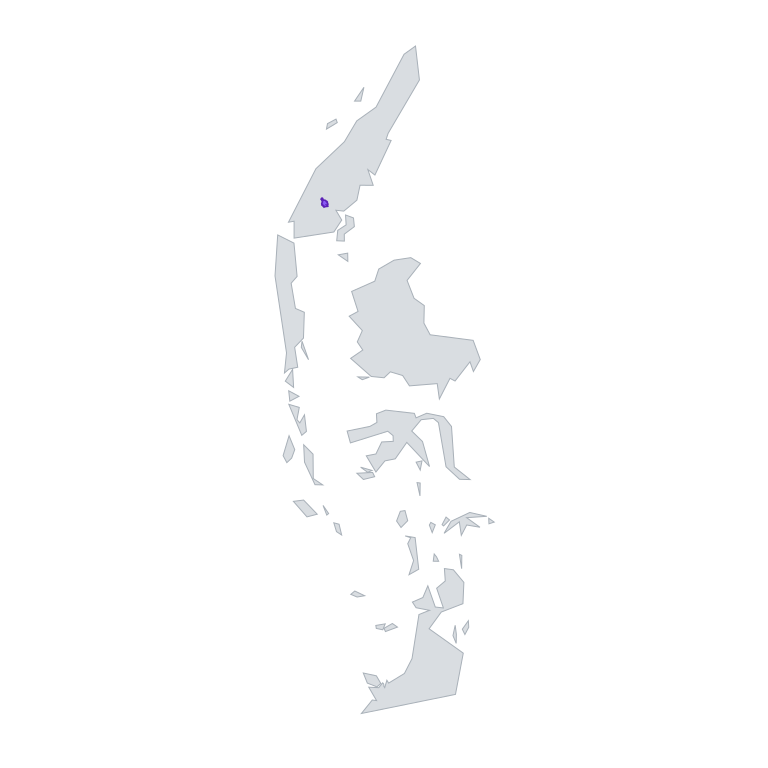 Penukal Abab Lematang Ilir, Sumatera Selatan, Indonesia shown in context, rotated 75°
{"feature_id": "22746128B2393542990028", "entity_name": "Penukal Abab Lematang Ilir", "entity_type": "district", "adm_level": 2, "iso_a3": "IDN", "parent_name": "Indonesia", "parent_adm1": "Sumatera Selatan", "projection": "orthographic", "projection_center": [103.991, -3.208], "detail": "fine", "context": "in_parent", "style": "filled", "palette": "violet", "viewbox_px": 768, "rotation_deg": 75, "n_neighbors": 0, "source": "geoboundaries", "source_scale": "gbopen_adm2", "svg_char_len": 5638}
<svg xmlns="http://www.w3.org/2000/svg" viewBox="0 0 768 768"><g transform="rotate(75 384 384)"><path d="M277.0,317.6L289.9,334.9L309.0,332.8L318.7,324.8L335.5,329.7L348.4,326.7L364.9,286.6L385.3,284.7L395.1,294.4L384.8,295.2L399.5,314.6L395.6,318.8L412.8,334.4L397.4,332.5L392.4,359.9L380.6,363.8L373.9,374.7L378.0,382.3L373.4,394.4L350.6,409.6L345.7,395.7L336.4,398.9L326.8,391.1L309.5,400.1L307.2,390.3L286.2,391.3L282.3,366.3L271.6,359.3L267.0,342.2L268.9,325.4L277.0,317.6ZM65.7,266.1L99.5,271.1L142.9,315.1L148.2,318.6L150.6,314.1L179.8,338.7L172.7,344.1L189.3,343.0L185.8,355.7L199.4,362.6L206.6,378.1L203.7,385.5L214.7,382.4L224.2,393.1L219.8,433.1L203.5,428.7L203.0,434.4L158.4,394.0L139.7,359.5L122.8,342.2L114.5,320.0L70.7,279.3L65.7,266.1ZM702.3,395.3L696.4,491.1L686.2,477.1L687.9,473.1L672.9,477.2L676.0,467.7L672.3,462.6L673.8,461.9L676.1,462.4L677.5,461.9L670.9,457.9L674.1,456.9L668.9,439.2L656.5,428.0L615.7,409.9L614.4,398.6L608.4,410.9L602.0,413.0L600.3,401.7L590.3,393.9L612.7,392.2L615.7,384.6L594.9,386.0L590.1,375.8L577.9,373.4L581.4,365.1L596.3,358.2L616.6,364.6L619.1,387.7L632.1,403.8L664.5,377.1L702.3,395.3ZM495.6,335.7L480.0,345.5L435.4,341.4L430.0,345.2L428.1,357.3L436.6,369.4L449.5,361.7L475.5,361.4L446.3,377.1L459.2,392.5L458.5,403.0L466.9,414.6L448.8,419.7L449.5,409.9L439.4,401.2L441.8,389.9L436.2,388.6L430.6,392.6L432.2,431.7L419.9,431.8L421.3,408.5L419.3,400.8L410.8,399.0L409.7,389.0L420.2,362.3L425.0,361.8L423.3,350.3L431.0,334.8L442.5,329.8L482.4,337.6L498.6,325.6L495.6,335.7ZM224.6,434.5L257.6,440.1L262.6,447.6L288.1,450.0L294.1,442.4L318.8,449.9L325.4,460.8L345.5,463.0L345.0,472.0L347.6,477.3L328.7,470.1L251.4,461.3L212.5,448.1L224.6,434.5ZM534.5,338.8L547.2,328.4L541.6,340.6L550.2,348.5L536.6,346.9L543.8,364.6L534.0,354.8L530.3,334.4L538.4,319.0L534.5,338.8ZM540.4,393.7L571.9,398.4L574.7,409.2L562.2,401.1L544.4,402.4L539.4,398.0L536.2,402.9L540.4,393.7ZM463.4,476.7L438.9,481.0L421.9,477.3L433.4,470.7L457.0,476.8L465.6,469.3L463.4,476.7ZM393.2,468.8L409.7,471.2L412.3,476.7L379.0,481.2L384.7,471.9L395.9,477.3L399.8,475.4L393.2,468.8ZM492.5,482.2L492.4,492.8L473.9,501.9L475.3,491.7L492.5,482.2ZM224.3,371.9L229.0,383.6L235.7,385.3L233.4,392.6L223.6,388.9L220.5,379.4L210.8,377.4L215.7,370.5L224.3,371.9ZM668.6,477.5L657.8,478.8L663.9,466.9L672.4,464.6L674.7,469.2L668.6,477.5ZM424.3,487.2L431.7,492.4L434.8,498.2L427.1,500.0L409.4,489.1L424.3,487.2ZM522.2,396.5L527.0,404.7L519.6,407.3L511.2,401.2L511.7,396.5L522.2,396.5ZM346.2,468.5L363.9,472.2L355.7,478.6L346.2,468.5ZM373.9,469.3L376.2,479.4L365.9,477.8L373.9,469.3ZM256.2,387.2L247.4,394.7L248.2,385.2L256.2,387.2ZM622.3,433.9L623.5,446.7L620.0,447.2L617.5,437.9L622.3,433.9ZM341.0,450.6L327.2,454.4L321.5,452.1L341.0,450.6ZM471.1,417.0L470.9,428.6L463.2,433.3L466.5,417.9L471.1,417.0ZM92.2,326.6L104.7,333.2L103.1,339.2L92.2,326.6ZM122.9,373.6L117.9,371.2L115.7,361.8L119.4,361.5L122.9,373.6ZM578.6,470.5L576.4,465.8L583.5,457.5L582.8,465.1L578.6,470.5ZM569.7,353.2L582.5,356.8L568.0,355.2L569.7,353.2ZM489.0,374.7L501.4,378.2L487.8,377.6L489.0,374.7ZM465.1,422.6L458.3,428.1L464.4,417.9L465.1,422.6ZM634.5,363.8L640.9,365.1L646.9,370.7L641.1,371.8L634.5,363.8ZM518.9,464.0L514.3,468.1L505.1,468.4L507.8,463.7L518.9,464.0ZM621.1,448.8L618.1,454.7L615.1,454.4L616.0,444.9L621.1,448.8ZM540.0,375.9L532.0,376.7L529.8,374.6L533.3,370.9L540.0,375.9ZM635.5,377.7L644.6,378.9L653.2,381.4L644.9,382.5L635.5,377.7ZM468.1,367.2L476.5,371.3L467.8,373.2L468.1,367.2ZM546.2,318.8L540.8,317.6L545.9,313.3L546.2,318.8ZM485.5,474.3L494.8,471.0L495.8,473.2L485.5,474.3ZM569.4,377.1L567.9,382.3L561.2,379.5L564.6,378.0L569.4,377.1ZM374.2,403.9L370.4,407.4L373.6,396.3L374.2,403.9ZM532.3,355.9L536.5,363.2L534.9,364.3L528.6,358.5L532.3,355.9Z" fill="#d9dde1" stroke="#a8b0b8" stroke-width="1"/><path d="M196.6,392.3L196.4,392.2L196.2,392.2L196.1,391.9L196.1,391.7L195.8,391.6L195.6,391.6L195.4,391.6L195.2,391.6L194.9,391.6L194.7,391.7L194.7,391.8L194.4,392.0L194.4,391.9L194.2,391.9L193.9,391.7L193.7,391.7L193.4,391.6L193.2,391.7L193.2,391.8L192.9,391.9L192.7,392.0L192.6,392.3L192.5,392.5L192.4,392.7L192.1,392.8L192.0,392.7L191.9,392.8L191.7,392.9L191.7,393.0L191.4,393.2L191.4,393.3L191.2,393.5L191.1,393.8L191.0,394.0L190.9,394.1L190.9,394.3L191.0,394.4L191.0,394.5L190.9,395.0L190.8,395.3L190.7,395.3L190.4,395.4L190.2,395.4L189.9,395.4L189.8,395.2L189.7,395.1L189.4,395.2L189.4,395.3L189.2,395.3L189.1,395.2L188.9,395.2L189.0,395.2L188.8,395.2L188.7,395.3L188.6,395.6L188.4,395.6L188.3,395.8L188.4,396.1L188.5,396.3L188.6,396.5L188.9,396.7L189.0,396.8L189.3,397.0L189.4,396.9L189.3,396.7L189.6,396.6L189.8,396.7L190.1,396.7L190.4,396.6L190.5,396.6L190.9,396.4L191.0,396.3L191.2,396.2L191.3,396.2L191.3,396.3L191.5,396.3L191.9,396.2L192.0,396.2L192.0,396.3L192.0,396.5L192.3,396.5L192.4,396.4L192.5,396.5L192.8,396.7L192.9,397.0L193.0,397.1L193.1,397.3L193.3,397.4L193.6,397.5L193.8,397.5L194.0,397.5L194.4,397.6L194.4,397.3L194.4,397.1L194.5,396.9L194.8,396.9L195.0,396.9L195.3,396.9L195.5,396.7L195.6,396.8L195.8,396.9L195.8,397.0L195.9,396.9L196.0,396.9L196.1,396.7L196.3,396.5L196.5,396.7L196.8,396.8L197.0,396.8L197.3,396.9L197.2,396.8L197.2,396.7L197.2,396.4L197.3,396.3L197.4,396.2L197.5,396.0L197.6,395.9L197.5,395.7L197.5,395.4L197.6,395.5L197.6,395.4L197.4,395.2L197.2,395.1L197.3,395.0L197.3,394.9L197.5,394.8L197.5,394.7L197.6,394.3L197.6,394.1L197.6,393.9L197.6,393.7L197.7,393.4L197.7,393.2L197.7,392.9L197.8,392.8L197.8,392.7L197.9,392.4L197.9,392.2L197.7,392.1L197.4,392.2L197.0,392.4L196.8,392.6L196.6,392.8L196.4,392.9L196.5,392.7L196.6,392.4L196.6,392.3Z" fill="#8b5cf6" stroke="#5b21b6" stroke-width="1.5"/></g></svg>